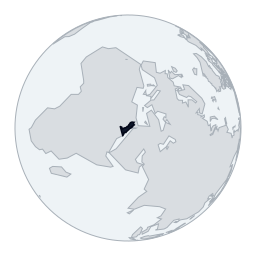 globe centered on Al Bahr al Ahmar, rotated 75°
{"feature_id": "EGY-1556", "entity_name": "Al Bahr al Ahmar", "entity_type": "Governorate", "adm_level": 1, "iso_a3": "EGY", "parent_name": "Egypt", "parent_adm1": "", "projection": "orthographic", "projection_center": [33.554, 25.647], "detail": "medium", "context": "on_globe", "style": "filled", "palette": "ink", "viewbox_px": 256, "rotation_deg": 75, "n_neighbors": 0, "source": "natural_earth", "source_scale": "10m", "svg_char_len": 11053}
<svg xmlns="http://www.w3.org/2000/svg" viewBox="0 0 256 256"><g transform="rotate(75 128 128)"><circle cx="128" cy="128" r="113" fill="#eef3f6" stroke="#a8b0b8"/><path d="M140.9,16.1L140.3,16.0L139.9,16.0L143.4,16.4L145.1,16.8L140.0,16.1L142.4,16.8L134.3,16.4L121.0,16.0L116.2,16.8L101.6,19.4L102.6,19.5L97.7,21.0L97.1,21.7L94.5,22.3L96.2,22.5L98.6,21.8L100.2,21.8L100.0,22.3L96.8,23.0L96.4,22.8L95.3,23.3L93.8,23.5L94.5,23.7L90.5,24.7L94.1,24.5L90.8,26.0L88.3,26.5L88.9,25.3L84.7,24.7L82.4,25.4L78.4,27.2L70.1,32.5L67.3,34.0L63.3,36.7L64.6,36.2L68.2,34.0L69.7,34.1L73.9,31.7L75.1,31.5L79.4,29.7L78.3,31.2L74.9,33.8L71.4,35.4L69.8,36.7L72.8,36.4L65.8,41.0L60.6,47.0L58.9,48.2L56.1,48.0L57.0,44.6L53.4,45.5L55.3,46.3L50.9,50.0L49.9,51.3L49.9,52.1L51.4,51.4L49.8,53.1L47.3,52.6L48.8,51.0L49.5,51.1L49.9,49.6L48.3,49.9L46.1,52.0L45.9,51.1L44.3,52.7L43.4,53.6L45.9,51.0L41.5,55.9L41.4,56.0L46.7,50.0L52.4,44.5L58.5,39.3L65.0,34.6L71.8,30.4L78.8,26.7L86.1,23.4L93.6,20.7L101.3,18.6L109.1,17.0L117.0,15.9L125.0,15.4L133.0,15.5L140.9,16.1ZM16.9,109.3L16.0,116.8L16.1,124.9L16.1,130.4L15.9,132.5L16.4,135.1L16.4,136.9L20.1,146.9L23.5,155.2L24.4,161.4L23.5,165.4L27.3,178.0L27.0,177.8L23.4,169.8L20.5,161.5L18.2,153.0L16.6,144.3L15.6,135.6L15.4,126.8L15.8,118.0L16.9,109.3ZM79.7,29.1L79.5,29.4L78.8,29.5L79.7,29.1ZM81.7,28.1L81.0,28.0L81.8,27.5L82.2,27.6L81.7,28.1ZM148.1,17.2L149.3,17.4L147.2,17.0L148.1,17.2ZM82.3,28.3L83.4,26.7L84.9,26.0L87.7,25.6L82.3,28.3ZM149.4,17.5L152.3,18.5L154.3,18.8L150.3,18.6L149.2,17.7L146.3,17.0L148.6,17.4L149.4,17.5ZM99.5,21.5L96.9,22.1L99.2,21.2L99.5,21.5ZM100.6,20.9L105.5,18.6L109.2,18.0L106.8,18.8L111.8,17.9L111.2,18.8L108.4,19.4L106.0,19.6L107.6,19.8L100.6,20.9ZM147.7,18.6L147.6,18.8L146.7,18.4L147.7,18.6ZM101.0,21.7L101.6,21.2L104.9,20.6L104.2,21.6L103.4,21.4L101.0,21.7ZM113.4,17.4L115.7,17.3L115.9,17.9L116.8,18.0L111.5,18.8L113.4,17.4ZM102.5,21.8L103.8,22.1L102.1,22.9L100.5,22.2L102.5,21.8ZM106.1,20.1L107.6,20.0L106.5,20.3L106.1,20.1ZM96.7,26.1L97.4,25.3L99.2,24.9L96.7,26.1ZM104.3,22.2L104.9,21.9L105.7,21.7L106.1,22.1L104.3,22.2ZM112.0,19.2L111.6,19.6L114.2,18.9L114.4,19.5L110.8,20.0L112.5,20.0L109.6,20.4L112.0,19.2ZM108.9,22.0L104.5,23.1L102.7,24.6L101.1,24.9L104.2,22.5L108.9,22.0ZM109.6,21.0L108.8,21.7L107.1,21.7L106.7,21.2L109.6,21.0ZM115.9,19.8L116.4,18.7L117.2,18.7L115.9,19.8ZM108.7,22.4L109.8,22.1L108.8,22.5L108.7,22.4ZM114.0,20.5L114.1,20.1L115.0,20.1L114.0,20.5ZM111.9,22.0L110.5,22.4L110.1,22.0L111.9,22.0ZM113.1,21.3L114.3,21.4L110.8,21.7L113.0,21.2L113.1,21.3ZM114.8,20.6L115.4,20.4L114.7,20.7L114.8,20.6ZM114.1,23.3L109.8,23.8L109.0,23.0L113.3,22.6L114.1,23.3ZM48.6,149.9L43.1,131.7L46.3,126.4L47.3,118.9L69.9,99.2L74.2,101.9L91.5,101.8L93.6,103.1L91.1,108.8L103.7,117.6L108.3,113.0L120.2,117.6L128.4,117.6L132.1,106.5L118.7,106.3L116.8,100.8L127.9,96.3L139.7,96.8L139.4,94.7L132.3,90.2L135.4,86.3L129.9,88.3L131.9,90.4L128.5,91.9L126.5,90.1L127.7,88.7L124.2,87.7L119.5,95.0L121.0,97.9L111.7,98.9L113.3,104.0L110.6,106.2L107.0,98.5L107.6,95.7L100.6,87.2L99.1,90.0L105.6,98.5L103.4,97.7L101.4,102.2L101.2,98.1L94.4,88.7L86.3,89.4L75.3,99.1L70.7,99.1L67.2,95.9L71.9,84.8L81.6,86.2L83.4,82.8L82.1,77.0L85.1,78.1L85.8,76.1L89.5,76.5L95.4,72.5L99.2,72.5L102.1,66.7L104.5,66.1L102.1,69.6L102.5,72.3L112.3,72.9L114.3,71.8L115.4,68.1L118.0,69.0L117.8,65.4L123.6,64.3L116.3,62.7L117.4,58.9L121.3,56.2L120.3,54.8L114.0,59.2L112.7,61.3L113.7,63.5L108.9,69.6L105.5,70.4L105.5,63.3L100.5,63.8L102.7,58.5L118.4,49.0L124.6,47.5L133.6,52.7L131.9,55.0L127.7,54.1L131.0,58.3L131.0,56.3L133.1,57.2L134.7,54.1L136.2,54.6L135.1,51.0L137.2,51.3L137.9,53.6L142.0,49.8L146.5,49.8L146.7,48.8L145.6,47.6L152.1,48.7L151.9,47.9L149.7,47.2L148.0,45.2L147.5,42.3L149.8,42.8L150.3,44.0L154.7,47.3L155.7,50.5L156.6,50.4L156.2,47.8L150.8,43.7L149.9,41.8L152.7,43.5L151.6,42.7L151.8,42.0L154.2,41.8L151.2,39.9L150.7,32.2L155.2,31.5L157.8,33.6L159.8,29.8L164.7,30.0L162.7,29.2L162.3,27.4L160.8,27.2L159.8,26.8L158.1,22.8L159.4,22.5L156.4,20.6L155.4,20.4L154.2,20.4L150.3,18.6L154.3,18.8L156.5,19.4L157.5,19.4L162.3,20.9L166.7,22.3L171.3,24.5L174.4,25.7L174.5,25.6L178.7,27.5L187.3,32.3L180.1,28.8L167.2,23.2L172.5,25.3L171.2,25.1L173.1,26.1L176.8,27.8L177.3,27.8L182.9,32.9L191.7,39.4L191.2,37.6L193.7,38.6L203.3,46.1L214.4,60.5L217.7,63.2L219.7,65.8L220.8,68.6L217.9,64.8L216.6,64.6L214.8,62.2L215.6,65.9L213.0,62.7L214.9,67.4L217.1,69.4L217.4,67.1L220.1,73.0L223.8,75.8L227.2,81.4L230.9,94.7L230.3,101.0L230.9,103.1L229.1,102.2L229.0,107.6L234.2,116.1L234.9,119.3L233.7,128.0L233.2,125.7L228.5,123.3L229.3,131.5L233.0,135.3L234.3,141.8L232.2,141.5L230.7,135.9L229.0,134.8L228.2,127.9L224.5,119.2L222.3,122.9L221.4,118.9L216.0,112.6L212.2,117.8L206.9,132.3L208.1,142.9L205.5,148.7L197.6,135.9L194.1,126.3L191.2,128.2L183.1,121.4L169.0,124.1L167.1,121.6L164.4,123.4L158.7,121.5L155.8,117.4L152.3,118.2L160.2,129.0L163.9,128.2L167.1,123.1L168.6,127.1L174.1,129.9L167.8,141.2L147.0,152.6L145.0,144.8L129.9,123.3L130.4,120.7L130.3,120.4L130.2,119.9L128.6,124.1L126.1,119.7L134.0,135.1L135.3,141.7L146.7,153.1L145.6,154.5L149.3,156.7L161.2,152.3L161.3,154.9L155.5,167.7L139.0,184.6L141.3,194.5L140.3,202.7L130.3,208.2L131.4,214.0L126.3,216.0L126.1,219.1L122.1,222.2L115.4,224.8L103.6,223.9L102.6,221.3L96.4,215.4L87.7,200.5L90.5,194.0L89.3,188.3L80.8,174.2L82.7,167.1L80.5,163.6L75.9,163.5L73.3,159.2L70.6,158.5L53.5,156.7L48.6,149.9ZM61.7,110.6L61.0,112.8L61.7,110.6ZM152.1,103.3L159.2,103.0L156.2,96.3L158.7,95.8L156.8,93.8L156.0,95.9L151.3,90.5L154.4,88.2L153.7,85.3L151.3,85.3L146.2,90.5L152.9,98.0L151.2,101.0L152.1,103.3ZM17.8,104.7L17.4,106.4L17.5,106.1L17.8,104.7ZM51.0,50.0L50.7,51.2L50.2,51.2L51.0,50.0ZM53.5,53.4L50.8,56.1L52.3,54.1L51.0,54.5L52.6,51.0L58.1,48.7L55.3,50.2L53.5,53.4ZM56.2,46.0L54.6,48.3L56.1,45.9L56.2,46.0ZM85.6,65.7L86.7,67.2L85.0,69.3L80.0,70.0L82.5,66.9L85.6,65.7ZM88.6,68.9L90.0,62.1L93.1,61.7L91.1,63.0L93.0,63.4L90.4,65.7L92.0,72.3L90.6,74.6L82.3,74.2L85.8,72.9L84.5,71.4L88.6,68.9ZM88.0,48.4L88.6,46.2L94.5,47.9L93.3,49.8L88.3,50.5L86.9,48.6L88.0,48.4ZM87.1,28.2L87.0,27.8L87.9,27.5L88.7,27.7L87.1,28.2ZM96.9,25.8L88.6,29.9L88.1,29.6L83.9,32.8L80.8,33.3L83.6,31.1L78.1,34.1L79.3,32.3L75.8,34.5L82.3,29.6L83.2,28.4L83.4,29.5L86.2,29.1L87.7,28.5L92.7,26.1L96.1,23.6L99.4,23.0L100.9,23.3L100.6,23.8L98.5,24.0L99.6,24.6L96.4,25.2L96.9,25.8ZM116.4,30.9L114.1,30.1L115.8,32.8L112.5,32.9L112.9,33.2L110.4,34.1L108.0,35.8L106.6,35.6L106.3,36.4L104.6,37.1L103.7,38.2L100.8,38.3L99.5,39.7L98.9,39.0L97.3,41.4L97.2,39.7L95.0,40.7L96.3,41.8L83.2,41.4L77.8,43.1L73.3,45.5L73.7,42.7L78.1,38.8L84.4,35.2L89.5,34.2L88.8,33.3L91.0,32.7L90.7,33.7L92.5,31.8L94.3,31.6L99.8,29.2L101.5,27.0L103.5,26.2L103.8,27.0L105.7,25.7L107.5,26.7L109.1,26.3L112.4,27.0L112.0,29.0L113.8,28.3L116.4,29.0L116.4,30.9ZM115.0,23.5L115.3,25.5L113.6,26.7L108.4,25.1L106.8,25.3L103.4,24.6L105.9,23.1L106.6,23.4L107.9,23.3L106.6,23.8L108.6,23.4L109.7,23.9L111.6,23.7L111.1,24.4L115.0,23.5ZM96.3,101.1L97.9,101.6L100.6,101.6L99.4,104.5L96.3,101.1ZM91.5,94.7L93.1,94.5L92.6,98.4L90.9,98.1L91.5,94.7ZM94.3,91.3L93.2,94.2L92.8,92.4L94.3,91.3ZM103.6,69.3L105.3,69.1L105.3,69.9L104.2,71.2L103.6,69.3ZM120.7,39.8L119.7,38.9L120.3,38.6L120.1,36.2L122.5,36.1L123.5,37.5L120.7,39.8ZM129.6,108.4L127.1,110.5L125.9,109.5L127.0,108.9L129.6,108.4ZM112.3,107.7L116.1,109.4L112.0,108.5L112.3,107.7ZM123.3,39.3L122.9,38.3L124.4,38.9L123.3,39.3ZM124.2,35.9L125.9,36.4L122.7,35.8L124.2,35.9ZM171.1,230.5L171.6,230.7L169.9,231.3L171.1,230.5ZM159.6,199.7L151.9,213.8L146.6,214.3L145.6,210.7L148.4,202.3L154.6,199.3L157.7,195.1L159.6,199.7ZM238.7,148.4L239.0,147.1L238.5,149.7L238.7,148.4ZM238.4,149.4L235.7,154.4L234.2,155.2L234.9,153.0L237.1,150.2L238.4,149.4ZM234.7,153.1L232.2,151.3L226.8,141.3L228.8,140.1L234.0,144.3L233.8,146.0L235.3,148.0L234.7,153.1ZM239.8,136.6L239.4,141.4L238.2,143.9L237.5,144.4L237.0,139.6L237.3,136.1L238.0,135.2L239.1,121.2L239.8,122.1L239.8,127.6L240.3,130.3L239.8,136.6ZM208.6,143.7L211.3,148.9L209.7,150.6L208.6,143.7ZM238.5,112.6L238.8,118.6L238.2,111.4L238.5,112.6ZM237.5,106.4L238.0,108.4L237.4,107.0L237.5,106.4ZM231.9,106.0L231.2,107.7L230.7,106.2L231.2,103.3L231.9,106.0ZM229.8,86.2L231.8,90.5L232.3,92.2L231.1,90.1L229.8,86.2ZM143.2,38.9L140.8,42.2L140.7,44.9L143.1,46.9L138.7,45.7L138.9,41.5L143.2,38.9ZM149.5,32.9L147.4,31.5L148.9,31.4L149.7,31.7L149.5,32.9ZM147.8,32.5L144.0,32.3L143.2,31.1L146.3,31.5L147.8,32.5ZM133.6,35.3L132.7,36.2L131.6,35.6L133.6,35.3ZM240.6,129.5L240.5,133.1L240.5,134.4L240.3,136.5L240.4,134.8L239.9,140.4L239.8,141.1L240.1,137.0L240.4,130.9L240.5,127.9L240.6,125.0L240.6,125.5L240.4,130.4L240.5,132.7L240.6,129.4L240.6,129.5ZM240.0,116.6L239.6,114.1L239.7,116.7L239.0,109.2L239.6,112.8L240.0,116.6ZM238.8,109.5L239.0,111.9L238.5,107.8L238.8,109.5ZM238.7,110.9L238.2,108.5L238.3,108.0L238.7,110.9ZM238.9,109.1L237.9,104.6L238.5,106.7L238.9,109.1ZM236.7,103.2L237.9,105.5L237.2,106.1L234.7,98.1L234.8,96.9L236.7,103.2ZM221.5,66.4L220.1,64.6L219.5,63.2L220.6,64.9L221.5,66.4ZM216.2,58.1L218.9,62.3L220.7,66.2L221.3,66.5L223.8,70.5L221.7,68.1L218.6,62.9L217.6,60.7L215.2,57.6L213.1,54.7L210.1,51.6L208.5,49.7L210.9,52.0L216.2,58.1ZM208.8,50.3L202.8,44.7L202.8,44.1L204.1,45.1L206.8,47.9L206.7,48.1L208.8,50.3ZM201.4,43.3L201.2,43.5L192.0,37.5L190.0,36.2L197.0,39.9L197.2,40.3L199.5,42.1L201.4,43.3ZM148.8,19.0L147.7,18.8L148.4,18.7L148.8,19.0ZM158.9,26.8L157.7,26.2L158.6,26.0L158.9,26.8ZM154.7,24.4L154.6,25.1L153.8,24.1L154.7,24.4ZM154.5,26.6L154.1,25.2L155.9,26.9L154.5,26.6Z" fill="#d9dde1" stroke="#a8b0b8" stroke-width="1"/><path d="M134.1,135.1L124.2,135.1L124.4,135.0L124.8,134.8L124.9,134.6L125.2,134.5L125.4,134.0L125.8,134.2L126.2,134.2L126.6,133.8L126.6,133.5L126.7,133.3L126.9,133.5L127.2,133.5L127.5,133.8L127.5,133.4L127.4,133.3L127.1,133.1L127.3,132.8L127.4,132.6L127.3,132.2L127.3,131.7L127.1,131.6L127.0,131.3L127.0,130.9L127.0,130.6L127.2,130.4L127.2,130.2L127.0,129.8L127.0,129.2L126.8,129.0L126.4,128.7L126.3,128.4L126.4,128.2L126.7,127.8L126.9,127.6L126.9,127.2L126.7,126.9L126.2,126.8L125.8,127.0L125.5,126.6L125.2,126.5L125.0,125.9L124.6,125.6L124.4,125.2L124.1,124.9L124.0,124.7L123.5,124.4L123.4,124.3L123.5,123.8L123.4,123.3L123.3,123.0L123.3,122.8L123.4,122.4L123.6,121.7L124.0,121.2L124.1,120.8L124.4,121.2L125.2,121.5L125.6,121.5L126.2,121.2L126.5,121.2L126.4,121.5L126.6,121.8L126.8,122.2L127.0,122.4L127.5,123.1L127.6,123.3L127.8,123.3L128.0,123.6L128.1,123.8L127.9,123.7L127.9,123.9L128.0,123.8L128.1,124.1L127.9,124.1L128.0,124.2L128.0,124.3L128.2,124.7L128.5,124.9L128.5,125.1L128.8,125.5L128.7,125.7L128.7,126.0L128.8,126.1L129.4,127.3L129.8,127.8L130.0,128.4L130.6,129.4L130.6,129.6L130.9,130.1L131.3,130.7L131.5,131.0L131.5,130.9L131.7,131.1L131.9,131.2L132.0,131.4L131.9,131.3L131.7,131.3L131.5,131.6L131.5,132.2L131.6,132.4L131.7,132.8L131.8,133.0L131.9,133.3L132.0,133.4L131.9,133.3L132.0,133.3L132.0,133.5L132.8,133.9L133.0,134.0L133.2,134.3L133.5,134.5L133.7,134.8L133.9,134.8L134.1,135.0L134.1,135.1ZM128.7,124.3L128.9,124.5L128.6,124.3L128.7,124.3ZM128.7,125.8L128.8,125.9L128.7,125.8Z" fill="#0f172a" stroke="#020617" stroke-width="1.5"/></g></svg>